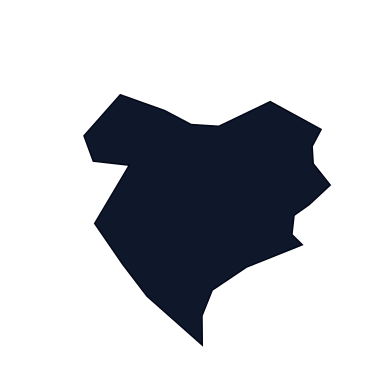 the district of Kataliontas, Nicosia, Cyprus, rotated 33°
{"feature_id": "46923920B20268452338603", "entity_name": "Kataliontas", "entity_type": "district", "adm_level": 2, "iso_a3": "CYP", "parent_name": "Cyprus", "parent_adm1": "Nicosia", "projection": "mercator", "projection_center": [33.308, 34.99], "detail": "fine", "context": "isolated", "style": "filled", "palette": "ink", "viewbox_px": 384, "rotation_deg": 33, "n_neighbors": 0, "source": "geoboundaries", "source_scale": "gbopen_adm2", "svg_char_len": 452}
<svg xmlns="http://www.w3.org/2000/svg" viewBox="0 0 384 384"><g transform="rotate(33 192 192)"><path d="M313.2,176.2L299.0,173.3L290.3,156.0L297.2,138.6L304.1,110.9L278.2,102.2L267.9,88.3L266.2,69.2L208.4,73.6L178.7,122.3L154.5,135.9L124.8,138.6L78.9,149.5L70.8,203.7L92.4,219.9L124.8,203.7L127.5,271.4L173.3,290.4L211.1,303.9L284.0,314.8L267.8,290.4L262.4,263.3L278.6,225.3L313.2,176.2Z" fill="#0f172a" stroke="#020617" stroke-width="1.5"/></g></svg>